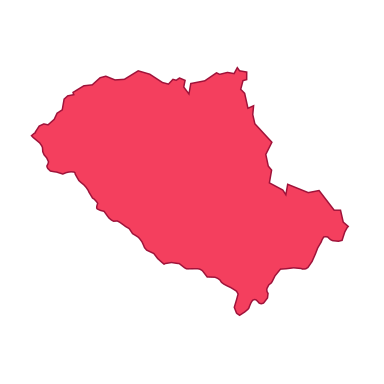 Kriva Palanka, Kriva Palanka, North Macedonia, rotated 169°
{"feature_id": "65306769B37694813292745", "entity_name": "Kriva Palanka", "entity_type": "district", "adm_level": 2, "iso_a3": "MKD", "parent_name": "North Macedonia", "parent_adm1": "Kriva Palanka", "projection": "equal_earth", "projection_center": [22.335, 42.244], "detail": "fine", "context": "isolated", "style": "filled", "palette": "rose", "viewbox_px": 384, "rotation_deg": 169, "n_neighbors": 0, "source": "geoboundaries", "source_scale": "gbopen_adm2", "svg_char_len": 2682}
<svg xmlns="http://www.w3.org/2000/svg" viewBox="0 0 384 384"><g transform="rotate(169 192 192)"><path d="M289.5,310.1L295.6,310.1L299.8,307.6L303.7,297.4L309.4,295.1L313.4,289.6L320.5,285.4L324.5,287.1L329.4,285.9L334.4,280.7L334.4,280.1L335.8,279.6L338.8,277.9L337.5,275.8L334.7,272.4L332.1,269.2L330.7,266.0L330.3,264.2L330.8,260.0L330.1,256.7L328.1,253.2L327.1,249.0L328.0,247.1L329.5,245.2L329.5,244.2L329.1,242.6L327.0,239.6L323.7,238.3L321.1,237.4L315.4,234.3L311.9,235.0L309.4,235.1L306.8,234.9L304.0,234.1L303.2,233.2L303.2,231.8L302.2,228.7L301.4,226.4L300.9,224.9L299.3,222.7L296.8,219.7L295.0,216.7L293.6,213.4L293.2,211.6L290.8,205.0L289.4,203.7L287.6,200.8L286.7,198.9L287.5,197.5L288.2,196.1L288.6,194.5L288.4,193.7L288.0,193.3L285.4,191.4L282.0,189.8L279.7,184.8L278.4,182.2L276.5,179.9L274.6,178.3L270.9,177.8L268.8,176.2L265.2,172.4L263.9,170.9L261.0,168.4L260.4,167.6L258.3,162.5L254.9,159.4L253.2,157.7L252.0,155.6L250.6,152.6L249.8,149.3L249.2,146.4L247.6,143.6L244.5,141.3L241.2,138.9L238.4,133.2L235.0,128.7L233.2,126.5L232.0,126.9L225.6,126.7L220.6,124.9L219.3,124.5L218.2,124.2L213.7,119.0L212.1,117.7L210.9,117.4L205.3,116.4L201.1,115.6L199.8,115.1L199.3,114.9L198.7,114.5L197.2,113.2L196.6,112.4L193.3,105.7L185.8,104.0L184.2,103.0L182.8,101.9L181.3,100.2L180.3,97.7L178.3,95.5L175.6,93.3L172.2,90.8L170.0,88.8L168.0,86.9L167.2,86.0L166.2,83.1L168.8,77.8L172.5,70.7L171.4,64.7L170.9,64.0L168.8,61.9L163.3,64.1L162.0,64.8L160.2,65.8L159.5,66.2L158.5,67.0L156.9,69.6L155.4,71.8L154.1,73.3L152.8,74.3L151.1,74.5L150.3,74.2L149.4,73.6L148.1,71.6L147.5,70.4L146.6,69.7L145.4,69.1L143.7,69.2L143.1,69.3L142.5,69.7L138.1,73.6L136.7,78.0L136.9,78.4L137.4,80.0L137.2,82.0L136.9,82.9L134.4,86.1L133.9,86.4L131.4,87.7L130.0,89.3L126.5,93.9L119.9,99.4L114.0,98.7L106.7,98.2L99.5,96.1L98.3,95.3L95.6,94.9L94.6,95.0L92.6,95.8L87.4,100.9L82.6,107.8L79.3,113.1L74.7,118.3L73.4,120.4L71.3,122.7L69.7,122.7L67.4,122.0L66.4,120.5L65.2,118.9L64.2,118.1L63.2,117.4L57.6,115.7L53.9,115.9L52.0,119.4L50.5,122.1L49.6,123.7L46.6,127.3L45.2,128.4L49.3,133.6L49.7,145.8L55.9,147.0L67.0,169.2L78.0,169.2L96.6,181.3L100.4,171.4L102.5,176.6L114.3,186.2L109.7,198.3L112.2,202.9L112.4,214.8L104.1,225.6L117.3,247.0L117.6,256.4L115.1,264.9L121.1,263.5L121.5,278.8L124.6,283.5L120.7,291.6L116.9,291.9L115.4,299.3L122.2,301.9L123.8,305.4L128.1,300.2L134.4,302.6L142.4,302.2L145.2,304.3L158.2,298.7L172.5,298.7L176.3,288.8L180.1,296.6L177.5,302.9L182.5,306.3L186.2,304.7L189.2,306.2L194.5,302.4L200.1,305.1L211.0,315.7L221.7,321.2L236.9,315.5L246.2,316.7L254.5,322.1L260.4,321.7L269.5,316.2L277.9,316.9L289.8,312.5L289.5,310.1Z" fill="#f43f5e" stroke="#9f1239" stroke-width="1.5"/></g></svg>